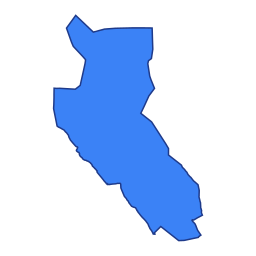 Siljan nor, Telemark, Norway
{"feature_id": "86288312B40873375407983", "entity_name": "Siljan nor", "entity_type": "district", "adm_level": 2, "iso_a3": "NOR", "parent_name": "Norway", "parent_adm1": "Telemark", "projection": "orthographic", "projection_center": [9.707, 59.31], "detail": "fine", "context": "isolated", "style": "filled", "palette": "blue", "viewbox_px": 256, "rotation_deg": 0, "n_neighbors": 0, "source": "geoboundaries", "source_scale": "gbopen_adm2", "svg_char_len": 4719}
<svg xmlns="http://www.w3.org/2000/svg" viewBox="0 0 256 256"><path d="M193.5,180.8L191.1,177.7L190.9,177.4L190.6,177.2L189.7,176.4L189.3,175.9L189.2,175.8L188.0,174.5L186.9,172.3L186.7,172.0L186.1,171.5L185.4,170.6L184.6,169.5L183.1,168.0L182.4,167.4L181.4,165.1L172.8,158.4L168.5,155.0L168.5,148.5L165.6,143.6L153.3,124.5L151.6,121.9L140.8,113.3L144.1,106.4L148.9,95.9L154.5,88.4L152.2,82.7L150.9,79.5L149.7,76.0L147.8,63.6L148.0,62.8L148.5,60.7L151.4,58.6L152.8,49.2L152.5,40.4L152.2,29.6L152.1,28.0L143.7,27.9L137.5,27.9L132.2,27.9L119.1,28.2L115.1,28.3L104.5,29.1L93.3,32.1L75.7,15.4L66.5,28.1L71.5,42.2L73.3,46.4L82.5,56.2L85.5,59.6L85.4,59.8L85.5,60.7L85.0,63.8L83.6,70.2L83.5,70.7L80.2,85.4L75.3,89.2L66.4,88.7L59.8,88.3L56.7,88.4L54.1,88.2L54.0,94.3L54.0,97.5L53.9,102.1L53.8,105.2L53.7,106.5L53.6,108.6L57.1,126.1L57.8,126.6L58.2,126.9L58.9,127.3L60.1,127.8L60.6,128.1L61.0,128.3L61.4,128.6L62.3,129.1L63.3,129.6L64.0,130.0L65.6,132.0L66.4,132.6L67.1,133.5L67.5,134.1L67.9,134.6L68.2,134.9L68.5,135.6L68.7,136.3L68.8,136.8L69.0,137.3L69.3,137.9L69.4,138.1L69.6,138.5L69.9,139.0L70.5,140.2L72.0,141.9L72.2,142.3L72.7,142.8L73.3,143.5L75.8,146.3L76.7,146.8L77.4,146.9L77.5,147.0L77.7,147.4L77.5,147.9L77.4,148.3L77.2,148.9L77.0,149.3L76.7,149.5L76.5,149.9L76.4,150.6L76.6,151.0L76.9,151.2L77.0,151.4L77.8,152.0L78.0,152.1L78.3,152.3L78.6,152.5L78.9,152.5L79.2,153.1L79.5,153.6L79.5,153.9L79.4,154.1L79.4,154.4L79.4,154.7L80.0,155.8L80.2,156.2L80.6,156.6L81.1,157.0L81.3,157.2L81.8,157.5L82.2,157.9L82.4,158.4L83.0,159.1L83.2,159.3L84.6,160.1L85.5,160.3L85.8,160.3L86.2,160.4L86.4,160.5L86.7,160.7L86.7,160.8L86.8,160.9L87.2,161.0L87.4,161.0L87.8,161.1L88.0,161.2L88.0,161.3L88.4,161.5L88.7,161.6L89.1,161.9L89.2,162.0L89.4,162.1L89.5,162.2L89.6,162.3L89.8,162.4L90.0,162.5L90.3,162.8L90.5,162.9L90.5,163.0L90.7,163.4L90.9,163.5L91.0,163.6L91.2,163.8L91.4,164.0L91.5,164.1L91.7,164.3L91.7,164.5L91.8,164.7L91.9,164.8L92.0,164.9L92.0,165.1L92.2,165.3L92.3,165.4L92.3,165.5L92.4,165.8L92.4,166.0L92.5,166.1L92.6,166.3L92.9,166.5L93.1,166.7L93.2,166.8L93.4,166.9L93.6,167.1L93.7,167.3L93.8,167.4L94.0,167.6L94.5,168.0L94.6,168.3L94.8,168.4L95.0,168.6L95.1,168.8L95.3,168.8L95.5,169.1L95.9,169.5L96.1,169.7L96.2,169.9L96.3,170.0L96.4,170.3L96.6,170.5L96.8,170.6L97.0,170.8L97.2,171.0L97.0,171.3L97.0,171.5L97.0,171.8L97.3,172.5L102.1,178.3L102.7,179.1L102.8,179.2L103.1,179.5L103.4,179.9L103.5,180.1L103.9,180.7L105.9,182.9L106.0,183.0L106.3,183.5L106.5,183.5L106.8,183.9L106.9,184.0L107.2,184.3L107.3,184.2L107.3,184.3L107.6,184.3L107.7,184.5L107.8,184.5L108.0,184.4L108.3,184.3L108.5,184.5L108.9,184.5L109.0,184.5L109.5,184.5L109.5,184.4L110.2,184.3L110.4,184.3L110.5,184.3L110.8,184.3L111.1,184.2L111.3,184.2L111.5,184.2L111.8,184.2L112.0,184.1L112.3,184.1L112.5,184.0L112.8,184.0L113.0,184.0L113.4,184.0L115.7,183.8L117.5,183.4L117.9,183.3L118.2,183.4L119.1,183.4L119.7,183.3L120.1,183.3L120.5,183.7L120.7,184.1L120.9,188.0L121.6,189.8L124.4,196.4L125.1,197.2L126.2,198.4L126.5,198.8L126.6,199.1L126.8,199.6L127.0,199.8L127.1,200.0L127.3,200.3L127.5,200.5L128.0,200.8L128.0,201.0L128.3,201.3L128.4,201.5L128.5,201.7L128.6,202.0L128.7,202.3L128.8,202.4L128.9,202.5L128.9,202.8L129.0,202.9L129.2,203.1L129.4,203.4L129.8,203.9L131.4,206.0L131.5,206.2L132.4,206.6L132.9,206.9L133.7,207.2L134.2,207.3L135.6,207.8L135.9,208.4L136.0,208.7L136.2,209.0L136.5,209.3L137.0,210.7L137.5,210.9L138.1,212.3L139.1,213.4L139.6,214.1L141.1,216.0L141.3,216.2L141.7,216.6L141.9,216.9L142.1,217.1L142.2,217.3L142.4,217.6L142.7,217.8L143.1,218.1L145.8,221.0L146.1,221.5L146.8,222.4L147.9,223.9L148.3,224.8L148.6,225.7L149.7,227.9L149.9,228.5L151.7,230.9L152.0,231.5L152.5,232.4L153.2,233.9L153.8,233.4L154.0,233.7L154.1,234.1L154.9,234.2L154.9,233.9L154.7,233.6L154.6,233.2L154.4,232.8L160.8,226.5L178.7,240.6L184.2,240.4L198.3,237.4L198.4,237.2L198.6,237.0L198.6,236.9L198.9,236.5L199.0,236.4L199.3,236.3L199.3,236.2L200.9,235.1L199.3,232.8L199.2,232.7L199.0,232.3L197.9,230.7L197.5,230.0L197.0,228.7L196.1,226.4L196.1,226.2L195.8,225.6L195.2,224.2L194.8,223.6L193.4,222.1L192.9,221.7L192.3,220.8L192.1,220.5L192.0,220.3L192.1,220.1L192.3,220.0L192.4,219.8L193.6,220.0L194.6,219.5L195.8,218.8L196.6,218.3L197.6,217.7L198.6,217.2L199.0,217.0L202.4,215.2L202.1,214.5L201.9,214.0L201.7,213.5L201.5,212.8L201.4,212.3L201.5,211.3L201.6,210.8L201.5,210.4L201.3,209.5L201.1,209.0L201.0,208.4L200.7,208.0L200.7,207.4L200.7,206.9L200.5,202.7L200.1,201.6L200.0,201.2L199.9,200.7L199.8,200.2L199.5,198.9L199.1,197.4L199.0,196.9L199.1,195.5L199.1,194.4L199.2,191.6L199.2,190.5L199.2,190.2L198.9,188.8L198.8,188.4L198.7,188.1L198.5,186.9L198.0,184.7L194.6,181.7L194.2,181.4L193.5,180.8Z" fill="#3b82f6" stroke="#1e3a8a" stroke-width="1.5"/></svg>